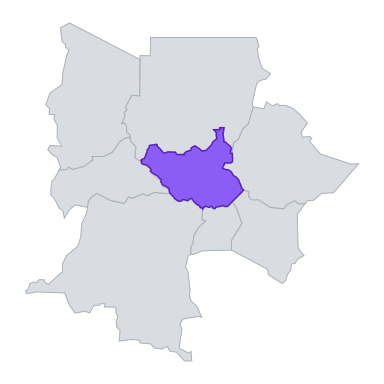 South Sudan and the surrounding countries
{"feature_id": "SSD", "entity_name": "South Sudan", "entity_type": "country or territory", "adm_level": 0, "iso_a3": "SSD", "parent_name": "Africa", "parent_adm1": "", "projection": "albers", "projection_center": [30.346, 7.857], "detail": "fine", "context": "with_neighbors", "style": "filled", "palette": "violet", "viewbox_px": 384, "rotation_deg": 0, "n_neighbors": 7, "source": "natural_earth", "source_scale": "50m", "svg_char_len": 8138}
<svg xmlns="http://www.w3.org/2000/svg" viewBox="0 0 384 384"><path d="M188.0,271.7L190.2,291.1L189.3,295.8L191.2,301.1L196.7,306.1L201.8,317.4L198.1,316.5L182.7,319.1L179.9,324.8L182.0,328.7L179.0,348.1L188.4,353.1L191.0,351.5L191.8,361.0L184.4,360.9L176.9,352.3L169.5,351.0L167.4,346.4L161.5,349.1L153.8,347.8L150.6,343.8L140.0,343.0L139.5,340.3L131.8,339.4L119.2,341.1L120.0,330.6L116.8,327.2L116.2,321.7L117.8,316.3L115.9,312.8L115.8,307.2L104.3,307.0L105.2,303.8L100.3,303.7L99.7,305.2L93.8,305.4L89.8,312.8L84.6,311.4L75.0,313.1L69.4,305.3L64.7,293.0L36.7,291.9L26.6,293.6L25.4,290.7L27.8,289.9L29.9,283.7L33.5,281.9L35.9,282.9L39.3,279.6L44.5,279.9L45.0,282.5L48.5,284.2L62.4,271.6L62.4,264.1L66.8,255.3L77.5,246.5L78.7,243.5L80.7,237.0L81.8,223.6L86.7,213.0L88.4,200.9L92.2,196.3L97.2,193.4L110.6,200.4L124.3,203.4L128.4,197.1L132.6,198.1L143.0,193.6L146.7,195.7L149.7,195.4L151.1,193.2L154.6,192.4L167.5,193.7L170.5,192.8L176.1,200.5L180.3,201.6L192.2,198.7L194.4,202.7L202.6,208.9L202.1,219.8L205.8,221.0L199.2,226.8L193.7,235.9L193.1,243.3L190.9,246.8L190.9,253.8L188.1,256.3L185.6,267.5L188.0,271.7Z" fill="#d9dde1" stroke="#a8b0b8" stroke-width="1"/><path d="M282.1,283.5L268.3,274.6L267.6,269.3L231.5,250.1L231.4,240.3L241.9,223.5L236.5,208.3L232.1,201.9L243.9,190.1L248.8,191.6L248.8,196.8L252.0,199.8L258.5,199.7L270.4,207.4L283.8,208.8L286.5,204.8L294.9,200.7L298.7,203.8L305.1,203.6L297.2,214.4L298.2,248.1L303.9,255.5L297.4,259.4L295.2,263.3L291.7,264.0L290.5,270.5L287.5,274.3L285.8,280.4L282.1,283.5Z" fill="#d9dde1" stroke="#a8b0b8" stroke-width="1"/><path d="M144.9,164.6L138.0,160.4L134.8,157.7L135.9,147.1L130.7,141.2L129.9,134.9L126.6,132.1L126.6,126.7L124.7,123.1L121.5,123.6L124.9,116.4L124.0,112.5L127.0,109.7L125.2,107.5L131.9,95.1L139.7,95.9L140.0,55.6L150.3,55.8L150.5,37.6L256.1,37.5L259.1,46.3L257.2,48.0L258.6,57.3L262.1,68.2L270.5,73.7L266.1,79.0L259.5,80.6L256.7,83.5L252.2,103.3L253.2,107.0L251.9,114.9L248.3,124.1L242.9,128.8L238.2,139.8L233.9,142.4L231.2,152.2L231.4,160.6L231.3,153.3L230.0,153.1L229.0,145.3L224.2,141.6L223.1,134.9L224.1,128.1L219.9,127.5L219.3,129.5L213.8,130.0L216.0,132.7L216.8,138.3L207.3,150.2L202.6,151.2L194.9,145.7L191.4,147.6L190.5,150.4L185.7,152.1L185.4,154.0L176.3,154.0L175.0,152.1L168.4,151.7L165.1,153.3L162.6,152.4L156.4,144.4L149.8,145.6L144.7,158.2L138.7,160.8L144.9,164.6Z" fill="#d9dde1" stroke="#a8b0b8" stroke-width="1"/><path d="M139.8,59.5L139.7,95.9L131.9,95.1L125.2,107.5L127.0,109.7L124.0,112.5L124.9,116.4L121.5,123.6L124.7,123.1L126.6,126.7L126.6,132.1L129.9,134.9L129.7,137.2L123.9,138.7L119.2,142.4L112.3,152.4L103.6,156.5L92.1,156.5L93.0,159.8L84.1,166.4L72.4,169.6L68.6,167.2L66.8,169.5L59.2,170.0L60.7,167.5L56.9,157.1L53.0,155.3L47.7,149.7L49.9,145.4L61.8,146.2L57.1,137.6L57.3,125.2L53.9,119.1L54.9,114.8L49.1,114.3L49.4,108.4L45.7,104.8L50.1,92.8L62.0,84.5L62.9,72.6L67.0,54.2L69.1,50.3L65.5,47.1L65.4,44.2L62.2,41.7L60.5,27.6L69.6,23.0L139.8,59.5Z" fill="#d9dde1" stroke="#a8b0b8" stroke-width="1"/><path d="M170.5,192.8L167.5,193.7L154.6,192.4L146.7,195.7L143.0,193.6L132.6,198.1L128.4,197.1L124.3,203.4L110.6,200.4L97.2,193.4L92.2,196.3L88.4,200.9L87.4,207.4L75.2,204.9L69.5,209.7L64.3,218.2L63.1,211.2L59.0,208.0L55.1,199.8L50.9,194.7L50.9,188.0L51.9,180.9L54.2,179.2L59.2,170.0L66.8,169.5L68.6,167.2L72.4,169.6L84.1,166.4L93.0,159.8L92.1,156.5L103.6,156.5L112.3,152.4L119.2,142.4L123.9,138.7L129.7,137.2L130.7,141.2L135.9,147.1L134.8,157.7L149.9,168.4L149.9,171.4L159.9,180.4L162.2,186.1L169.1,189.8L170.5,192.8Z" fill="#d9dde1" stroke="#a8b0b8" stroke-width="1"/><path d="M358.6,163.7L333.6,192.7L321.5,193.5L313.5,200.3L307.5,200.6L305.1,203.6L298.7,203.8L294.9,200.7L286.5,204.8L283.8,208.8L270.4,207.4L258.5,199.7L252.0,199.8L248.8,196.8L248.8,191.6L243.9,190.1L238.4,180.0L234.1,177.9L232.5,174.1L227.8,169.6L222.1,169.0L225.2,163.7L230.1,163.4L233.9,142.4L238.2,139.8L242.9,128.8L248.3,124.1L253.2,107.0L263.8,108.7L266.5,101.8L272.1,105.9L277.4,103.6L279.6,105.5L285.8,105.4L293.8,109.0L300.3,115.0L307.4,123.2L301.3,131.9L302.3,137.2L309.6,136.5L311.7,138.1L309.8,141.5L320.5,154.1L350.9,164.1L358.6,163.7Z" fill="#d9dde1" stroke="#a8b0b8" stroke-width="1"/><path d="M231.5,250.1L202.1,250.8L193.1,254.7L190.9,253.8L190.9,246.8L193.1,243.3L193.7,235.9L199.2,226.8L205.8,221.0L202.1,219.8L202.6,208.9L206.4,206.4L212.4,208.4L219.8,206.2L226.4,206.2L232.1,201.9L236.5,208.3L241.9,223.5L231.4,240.3L231.5,250.1Z" fill="#d9dde1" stroke="#a8b0b8" stroke-width="1"/><path d="M231.8,202.1L229.6,204.4L228.0,206.0L227.8,206.2L227.3,206.5L225.8,206.5L224.2,206.3L222.7,205.4L221.2,206.1L220.3,206.4L219.7,206.5L218.4,206.6L216.6,207.0L215.7,207.5L215.3,208.0L214.9,208.7L214.7,208.8L214.4,208.7L213.9,208.4L212.9,208.0L212.4,207.0L212.0,206.5L211.6,206.2L210.0,207.1L209.2,207.3L208.6,207.3L207.5,206.8L206.2,206.3L205.6,206.3L204.6,206.9L203.5,207.7L202.9,208.6L202.7,209.1L202.5,208.7L202.3,208.3L201.9,207.8L201.4,207.6L200.9,207.7L200.3,207.8L200.1,207.6L200.0,206.9L199.8,206.3L199.6,205.9L198.8,205.4L196.7,204.5L195.1,202.7L194.2,201.8L193.6,201.3L192.8,199.9L191.9,198.9L190.7,198.4L189.9,198.6L189.1,199.7L187.7,200.7L187.0,200.7L186.1,200.2L185.0,199.8L183.0,199.6L182.2,200.1L181.2,200.8L180.2,201.3L179.7,201.3L179.2,201.2L178.6,201.1L178.1,201.0L177.0,200.3L176.5,199.8L176.1,199.3L175.5,199.0L174.8,198.7L174.3,198.3L174.1,197.7L173.7,197.0L173.2,196.4L171.6,195.2L171.1,194.6L170.8,193.9L170.1,193.2L169.4,192.2L169.2,190.8L169.2,189.7L169.1,189.2L168.8,188.6L168.4,188.2L167.9,187.7L166.6,186.9L165.2,186.1L164.6,185.6L163.4,185.4L162.6,184.9L162.0,183.8L161.8,183.0L161.2,182.3L160.9,181.9L160.8,181.3L161.3,179.6L160.6,179.0L159.5,178.2L158.7,177.4L158.3,176.6L156.9,175.6L154.0,174.0L152.3,173.0L151.4,172.1L150.5,171.3L150.5,170.9L151.0,170.1L151.1,169.4L150.7,168.6L148.9,167.1L147.5,165.5L146.4,165.0L143.9,164.5L143.1,164.3L142.4,164.0L141.6,163.2L141.4,162.4L141.8,161.0L141.5,160.6L141.1,160.5L141.2,160.2L141.7,159.5L142.5,159.1L144.7,158.4L144.8,158.2L144.8,157.3L145.0,156.9L145.8,155.7L145.9,155.3L145.9,154.3L146.0,153.8L146.2,153.4L146.8,152.9L147.0,152.5L147.1,151.7L147.1,150.2L147.4,149.6L148.8,148.2L149.1,147.6L149.2,147.1L149.2,146.5L149.3,145.9L149.7,145.4L150.1,145.2L151.1,145.1L151.7,145.2L156.4,144.3L157.0,144.4L157.2,145.0L157.2,145.9L157.3,146.3L157.5,146.7L158.3,147.1L158.8,147.8L159.0,148.1L159.8,148.6L163.3,152.7L164.2,153.1L165.2,153.0L167.1,152.1L168.1,151.9L174.7,152.2L175.5,152.1L176.5,154.2L177.0,154.6L184.3,154.7L184.2,154.1L184.2,153.5L185.1,152.6L185.5,152.2L186.8,151.5L187.9,151.1L190.1,150.6L190.8,149.8L191.3,149.2L191.3,147.8L191.6,147.6L192.1,147.3L194.5,146.1L194.9,145.9L199.2,148.6L201.7,150.8L201.8,150.9L201.9,151.0L202.1,150.9L202.4,150.7L202.5,150.7L203.5,150.7L205.5,150.6L206.1,150.3L210.1,146.4L211.1,145.1L211.3,144.9L211.9,144.0L212.5,142.4L212.6,142.2L216.9,138.5L217.0,138.3L217.1,138.0L216.4,136.8L216.3,136.2L216.2,135.2L216.4,133.7L216.3,132.7L216.2,132.4L213.8,129.7L219.9,129.7L219.9,129.3L219.9,129.2L219.7,128.9L219.7,128.5L219.7,128.4L219.7,128.2L219.7,127.9L219.7,127.7L224.1,127.7L224.0,128.5L223.5,130.3L223.5,131.4L223.4,132.6L223.3,133.0L223.2,133.1L223.0,133.3L223.0,133.5L223.9,140.4L223.9,140.6L223.6,141.2L223.5,141.3L223.6,141.5L225.6,142.2L225.7,142.3L225.8,142.3L226.6,143.2L230.5,146.5L231.1,147.6L231.1,147.8L231.2,148.0L231.1,148.9L231.1,149.1L231.2,149.3L231.2,149.5L230.6,150.9L230.4,151.8L230.4,152.5L230.4,152.9L230.5,153.2L230.5,153.3L232.3,153.3L232.3,153.7L232.4,155.6L232.5,157.2L232.6,159.9L232.6,160.6L232.5,161.5L232.3,161.8L231.9,162.3L231.2,162.8L229.7,162.9L228.4,162.9L227.5,162.8L226.2,162.8L225.1,162.9L224.6,163.3L224.0,164.7L223.1,166.6L222.6,167.5L222.5,167.9L222.6,168.2L223.3,168.6L224.6,169.2L226.1,169.6L227.3,169.7L228.1,169.9L228.7,170.0L230.9,171.5L231.6,172.2L232.0,172.8L232.0,173.5L232.4,174.1L233.6,175.5L234.4,176.2L236.3,177.2L237.0,178.3L237.7,178.8L238.4,179.4L238.7,180.2L239.6,182.7L240.2,184.0L240.7,185.1L241.0,186.8L241.4,187.6L241.9,188.5L242.7,189.4L243.5,190.0L242.0,191.9L240.1,193.8L237.9,196.0L235.5,198.4L233.6,200.3L231.8,202.1Z" fill="#8b5cf6" stroke="#5b21b6" stroke-width="1.5"/></svg>